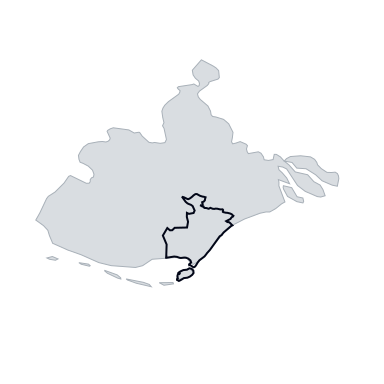 Noord-Holland on a map of Netherlands (Natural Earth projection), rotated 206°
{"feature_id": "NLD-3486", "entity_name": "Noord-Holland", "entity_type": "Province", "adm_level": 1, "iso_a3": "NLD", "parent_name": "Netherlands", "parent_adm1": "", "projection": "natural_earth1", "projection_center": [4.92, 52.678], "detail": "fine", "context": "in_parent", "style": "outline", "palette": "ink", "viewbox_px": 384, "rotation_deg": 206, "n_neighbors": 0, "source": "natural_earth", "source_scale": "10m", "svg_char_len": 4825}
<svg xmlns="http://www.w3.org/2000/svg" viewBox="0 0 384 384"><g transform="rotate(206 192 192)"><path d="M241.5,314.9L234.7,314.7L228.2,314.5L224.9,314.1L221.3,312.8L219.6,310.1L217.6,306.8L218.1,304.9L224.1,299.2L225.0,297.7L224.4,296.8L225.0,294.4L229.5,286.0L230.1,282.6L228.0,280.2L225.1,278.8L215.4,276.3L210.8,272.8L208.7,269.8L206.6,268.9L203.4,269.9L195.4,271.1L188.9,269.4L181.3,263.6L179.5,258.4L178.5,254.5L176.6,253.1L174.1,255.1L170.8,258.4L164.4,258.7L162.5,258.0L162.2,256.2L161.9,254.5L160.1,252.4L158.2,251.2L150.0,257.2L147.0,257.1L143.2,254.9L141.3,252.6L137.1,253.9L133.3,256.7L134.6,261.9L132.6,262.8L127.9,262.3L122.7,260.2L116.8,258.9L108.0,255.3L95.6,258.2L87.0,254.7L79.9,254.4L75.4,251.6L70.7,247.0L74.1,243.9L77.4,242.8L90.5,242.2L100.0,244.1L117.0,254.2L121.3,254.2L125.9,252.9L123.6,250.1L119.3,248.8L113.0,246.1L107.9,242.2L119.8,241.0L118.2,239.0L116.6,235.6L104.1,223.8L106.3,220.6L109.5,213.8L113.4,208.1L116.6,206.6L121.7,202.6L132.9,190.8L140.1,181.2L145.4,169.8L153.1,138.5L155.4,133.2L159.2,127.3L163.8,128.4L167.1,130.1L178.6,125.6L198.3,114.1L204.1,104.1L209.7,99.4L232.3,90.4L244.8,87.7L264.1,87.0L278.0,85.4L294.7,84.8L301.1,90.4L304.8,94.4L310.8,96.7L320.1,98.3L319.6,106.4L319.8,122.3L319.2,125.2L315.1,131.9L310.9,144.0L309.7,152.0L308.4,153.5L290.8,153.5L288.3,154.8L288.0,156.6L288.9,158.6L288.5,160.7L287.1,162.3L287.9,165.0L291.0,168.0L296.6,169.8L302.5,170.0L305.6,169.7L307.9,171.8L310.1,175.1L310.0,179.3L309.2,184.9L306.4,190.0L298.3,196.0L294.7,198.1L291.3,199.2L289.7,200.8L288.9,202.7L289.1,204.5L294.9,209.3L294.8,210.4L293.2,212.9L290.9,215.2L276.0,220.1L269.8,219.7L266.3,222.2L265.2,222.6L261.3,220.4L252.5,217.8L249.2,218.7L247.4,220.1L241.9,221.8L238.0,224.5L238.0,228.0L245.0,236.9L247.5,238.6L247.6,242.0L251.0,246.2L254.5,251.4L254.9,254.7L254.5,258.1L252.8,262.9L246.8,274.1L246.7,276.3L247.2,277.9L249.3,278.4L250.9,279.2L250.4,280.7L239.1,288.5L237.7,289.9L232.9,289.5L232.2,290.8L232.9,292.9L234.7,294.7L238.8,295.7L242.3,297.7L245.1,301.6L241.5,314.9ZM122.7,260.2L121.7,263.4L119.1,267.0L110.2,272.2L100.9,275.5L96.1,275.1L92.8,273.3L91.1,271.5L86.1,269.7L79.3,268.8L75.1,270.7L72.0,272.6L69.4,272.3L67.4,270.7L65.9,268.4L63.9,260.9L69.0,259.6L80.0,259.1L88.5,261.7L99.7,262.9L108.3,259.4L115.0,262.4L122.7,260.2ZM104.2,229.9L110.8,234.6L112.1,236.1L112.6,237.7L104.3,239.6L95.5,233.8L89.7,235.2L87.5,232.5L87.5,230.8L93.5,229.3L104.2,229.9ZM167.0,116.3L160.4,122.3L156.4,120.6L155.2,119.2L157.3,114.5L167.0,106.7L167.0,116.3ZM196.1,89.5L189.9,90.2L187.1,89.0L202.0,85.6L211.4,84.6L213.1,85.0L196.1,89.5ZM236.0,83.3L222.9,84.7L218.5,83.6L217.8,82.6L221.3,82.0L232.5,81.9L235.9,82.8L236.0,83.3ZM181.7,96.1L169.4,102.3L168.4,101.3L176.3,95.9L181.7,96.1ZM289.2,72.8L283.1,73.1L284.8,70.8L290.5,69.1L293.5,69.1L289.2,72.8ZM262.7,78.9L253.4,81.8L251.2,81.1L251.7,80.3L259.9,78.5L262.7,78.9Z" fill="#d9dde1" stroke="#a8b0b8" stroke-width="1"/><path d="M141.8,178.9L145.8,169.6L146.4,167.1L146.4,166.5L147.7,164.3L150.5,147.8L151.7,143.6L151.9,142.3L152.5,139.6L155.4,133.9L156.0,131.1L156.1,129.6L156.3,127.5L156.8,125.8L157.6,125.0L161.7,125.5L162.4,125.0L162.9,125.7L161.9,128.3L163.4,129.8L166.1,130.5L168.7,130.3L170.2,129.7L173.1,127.8L174.4,127.4L177.1,127.1L179.7,126.2L186.4,121.5L186.5,121.6L186.6,121.9L186.9,122.7L186.9,123.0L187.0,123.0L191.8,133.7L199.1,140.1L198.4,148.8L195.0,147.9L193.0,149.0L191.9,152.2L180.9,157.9L182.5,163.5L185.7,167.3L187.4,171.0L185.2,171.0L181.4,173.8L181.5,176.5L185.2,179.6L187.2,180.0L189.7,179.8L191.1,179.8L193.4,180.4L199.0,183.4L198.9,183.4L196.7,183.7L192.9,183.7L192.4,183.9L192.1,184.0L190.9,185.6L189.6,188.3L189.3,189.3L189.0,189.9L188.5,190.8L188.0,191.6L186.7,192.3L183.0,192.1L180.5,192.5L179.3,192.9L177.5,193.2L177.2,191.4L176.8,190.1L177.3,188.4L178.4,187.3L178.1,186.8L177.9,186.6L177.8,186.4L177.6,186.3L177.4,186.1L177.2,186.0L177.1,185.9L177.0,185.7L176.9,185.4L176.8,185.2L176.6,184.8L176.9,184.4L178.9,183.7L176.2,183.5L175.1,183.9L174.8,183.5L174.5,183.3L174.1,183.2L173.6,183.2L172.0,183.9L170.7,184.1L170.1,184.1L169.8,184.2L169.5,184.4L168.6,185.8L166.0,186.0L164.5,186.6L163.5,187.4L162.2,188.0L159.1,188.7L156.9,189.8L156.2,189.5L156.0,189.1L155.7,187.9L155.6,187.7L155.2,187.6L152.5,188.2L151.1,188.8L148.2,189.4L146.6,189.4L146.1,189.3L145.8,189.2L145.2,188.7L144.4,188.8L144.3,188.1L145.1,187.0L145.5,185.9L145.5,185.1L145.6,184.7L148.5,180.8L147.0,180.5L145.6,181.1L144.4,180.9L144.1,180.8L141.1,179.7L141.8,178.9ZM167.4,112.8L167.4,113.4L168.7,113.4L168.3,114.5L167.4,115.8L165.6,118.0L162.4,120.0L160.9,122.3L158.7,122.8L156.4,122.0L155.1,119.9L155.5,117.6L156.8,115.1L158.5,113.0L161.6,111.0L163.2,108.4L164.8,106.3L166.9,106.4L167.2,106.9L167.3,107.3L167.3,107.7L166.9,108.1L167.9,109.3L168.5,110.8L168.5,112.2L167.4,112.8Z" fill="none" stroke="#020617" stroke-width="2"/></g></svg>